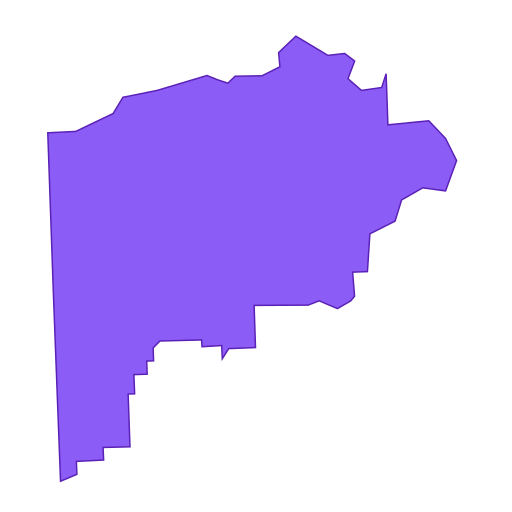 Ouray, Colorado, United States of America, rotated 268°
{"feature_id": "52423323B10602944560492", "entity_name": "Ouray", "entity_type": "district", "adm_level": 2, "iso_a3": "USA", "parent_name": "United States of America", "parent_adm1": "Colorado", "projection": "equal_earth", "projection_center": [-107.791, 38.112], "detail": "fine", "context": "isolated", "style": "filled", "palette": "violet", "viewbox_px": 512, "rotation_deg": 268, "n_neighbors": 0, "source": "geoboundaries", "source_scale": "gbopen_adm2", "svg_char_len": 865}
<svg xmlns="http://www.w3.org/2000/svg" viewBox="0 0 512 512"><g transform="rotate(268 256 256)"><path d="M314.4,447.7L344.4,459.8L366.9,449.5L385.1,433.4L382.5,392.4L433.6,392.4L420.0,387.5L417.8,367.2L430.0,354.1L447.4,361.4L455.3,351.7L454.0,334.8L474.3,303.5L458.5,285.7L444.3,286.5L435.9,268.3L436.4,241.4L429.7,233.9L433.6,223.4L438.1,213.3L424.9,162.8L419.3,128.6L403.4,118.2L386.8,80.2L386.4,52.2L224.3,52.2L37.7,52.8L44.1,69.4L57.0,69.3L57.4,96.6L70.0,96.5L69.7,123.4L122.5,123.4L122.5,129.9L141.7,129.8L141.7,143.1L154.8,143.1L154.8,150.0L167.7,150.0L174.4,157.0L174.0,198.7L167.2,198.9L167.7,218.6L154.5,218.7L164.4,225.5L164.5,252.3L206.7,252.4L205.1,306.4L209.0,317.5L200.6,335.6L207.9,349.2L212.4,353.1L236.5,352.0L236.5,366.8L274.2,370.6L286.0,396.2L307.0,403.5L318.3,425.0L314.4,447.7Z" fill="#8b5cf6" stroke="#5b21b6" stroke-width="1.5"/></g></svg>